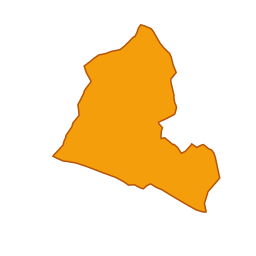 the district of Gouré, Zinder, Niger, rotated 168°
{"feature_id": "23599985B20082731758941", "entity_name": "Gouré", "entity_type": "district", "adm_level": 2, "iso_a3": "NER", "parent_name": "Niger", "parent_adm1": "Zinder", "projection": "natural_earth1", "projection_center": [10.132, 14.056], "detail": "fine", "context": "isolated", "style": "filled", "palette": "amber", "viewbox_px": 256, "rotation_deg": 168, "n_neighbors": 0, "source": "geoboundaries", "source_scale": "gbopen_adm2", "svg_char_len": 1338}
<svg xmlns="http://www.w3.org/2000/svg" viewBox="0 0 256 256"><g transform="rotate(168 128 128)"><path d="M48.7,81.2L49.3,85.8L50.9,89.2L53.3,90.8L57.6,96.1L59.5,96.1L64.8,94.7L69.0,99.2L69.8,98.3L76.7,93.3L81.1,92.2L83.5,98.5L86.2,102.3L87.4,102.3L94.1,110.8L97.7,110.8L97.5,112.8L96.1,117.9L94.2,121.1L97.0,125.9L96.9,127.3L88.5,129.2L82.4,130.9L79.6,131.7L78.8,132.8L76.3,137.9L76.4,140.5L77.0,142.4L76.9,147.8L76.2,150.3L76.5,164.4L75.8,167.0L69.3,172.3L70.7,180.3L71.0,188.4L71.8,192.2L76.5,199.2L79.0,204.3L81.2,211.0L83.1,217.1L84.6,220.2L90.5,224.4L94.1,226.3L96.8,223.8L99.8,219.0L102.2,216.1L104.3,215.6L108.4,212.7L114.4,208.9L119.5,206.3L128.1,206.4L134.2,205.5L141.4,205.5L147.1,203.1L151.2,200.9L158.0,197.7L157.2,190.6L155.5,185.1L154.5,181.8L155.0,180.5L160.4,176.0L163.1,173.3L164.0,171.3L169.0,165.0L172.2,161.2L172.5,156.8L173.2,150.5L180.7,144.5L182.8,140.7L186.7,137.0L190.1,133.8L190.9,131.6L193.5,128.1L195.1,124.9L199.9,121.3L206.2,117.0L207.3,116.0L203.6,113.0L198.1,109.1L193.9,107.7L186.6,104.8L177.7,99.7L161.8,89.4L150.1,82.1L142.8,75.8L139.5,72.1L133.5,71.1L128.5,66.9L125.6,65.3L121.8,67.6L117.6,68.7L112.6,64.0L107.7,60.6L99.5,52.8L88.0,42.2L78.6,33.9L73.3,30.9L71.3,30.0L69.0,29.7L68.9,38.4L64.2,46.7L63.0,49.1L52.6,56.9L48.7,60.0L48.7,81.2Z" fill="#f59e0b" stroke="#b45309" stroke-width="1.5"/></g></svg>